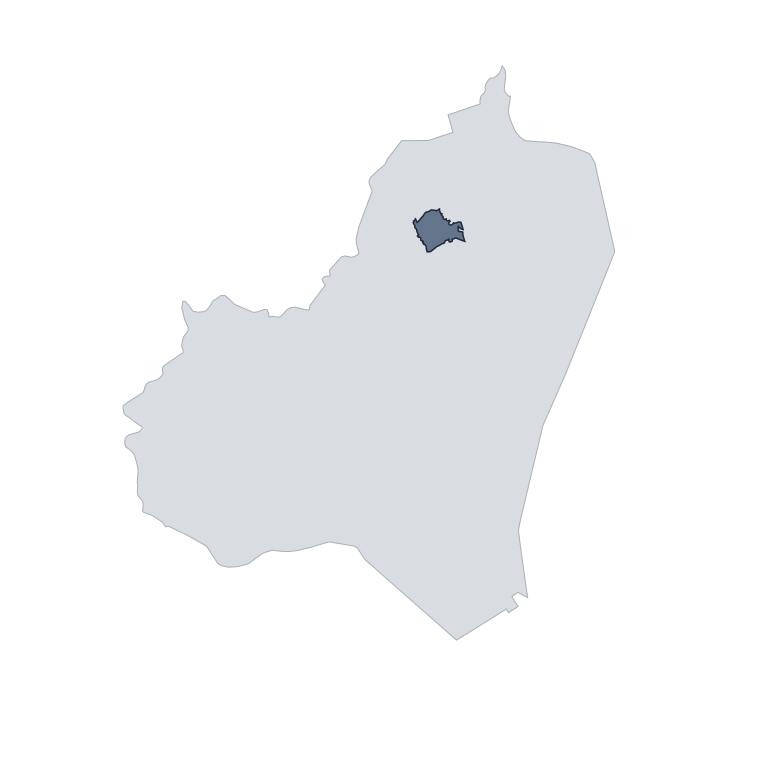 location of Al-Rifai, Dhi-Qar, Iraq, rotated 252°
{"feature_id": "34846034B62362991729870", "entity_name": "Al-Rifai", "entity_type": "district", "adm_level": 2, "iso_a3": "IRQ", "parent_name": "Iraq", "parent_adm1": "Dhi-Qar", "projection": "robinson", "projection_center": [46.048, 31.665], "detail": "fine", "context": "in_parent", "style": "filled", "palette": "slate", "viewbox_px": 768, "rotation_deg": 252, "n_neighbors": 0, "source": "geoboundaries", "source_scale": "gbopen_adm2", "svg_char_len": 6593}
<svg xmlns="http://www.w3.org/2000/svg" viewBox="0 0 768 768"><g transform="rotate(252 384 384)"><path d="M315.6,132.1L320.8,130.8L330.5,123.0L336.2,115.8L338.0,115.1L343.1,117.5L346.6,118.2L355.0,115.4L359.9,116.9L364.1,118.7L366.4,118.8L377.5,123.4L380.3,123.9L386.1,124.5L394.6,124.7L400.2,121.8L404.1,118.9L406.9,119.0L409.5,119.7L411.7,120.9L413.6,123.0L414.5,126.1L414.1,135.8L414.9,138.4L416.4,140.2L418.3,140.6L420.7,138.4L424.8,135.4L429.8,132.0L433.6,128.9L435.7,127.8L439.1,127.9L442.4,128.5L444.2,129.9L444.2,130.4L446.0,135.0L450.3,152.1L452.8,154.3L455.7,156.1L457.7,158.6L458.5,161.2L458.2,165.1L458.3,169.7L459.4,173.3L461.1,175.9L462.6,177.3L464.9,177.4L467.6,178.1L469.5,180.7L475.3,200.2L475.9,202.7L478.4,203.5L482.5,203.2L486.6,205.2L491.1,208.3L495.3,214.3L498.2,215.2L507.0,214.3L519.2,215.3L524.9,218.4L524.3,220.2L519.9,222.4L512.2,224.8L509.9,229.0L508.6,234.4L508.8,237.5L510.7,240.9L516.2,247.5L516.5,249.9L517.5,253.3L518.5,255.6L517.4,260.1L512.4,263.1L505.9,266.5L492.8,281.4L491.8,284.6L491.9,293.4L490.6,295.9L486.4,295.9L483.2,295.4L483.0,298.5L480.9,302.6L479.8,306.2L484.6,314.6L485.4,319.1L484.6,323.2L480.2,330.2L477.5,335.0L478.2,336.0L481.6,337.9L492.5,353.4L496.0,358.8L500.5,357.4L502.3,357.5L503.6,358.4L504.4,360.2L504.4,362.5L503.3,366.0L509.1,367.4L511.2,370.9L518.1,383.0L517.8,386.6L514.5,392.3L514.5,396.0L515.2,399.4L516.3,400.6L526.4,401.1L530.6,402.4L541.1,408.6L553.1,418.1L562.9,425.8L571.2,432.4L580.1,431.9L582.6,433.1L584.8,435.2L587.4,440.6L592.6,452.9L596.9,456.9L603.7,466.8L610.0,476.0L605.9,488.5L601.9,501.5L602.0,518.3L602.1,527.3L610.7,527.7L620.2,528.1L620.3,538.9L620.5,549.7L620.6,562.0L623.4,562.6L627.9,565.2L629.9,569.2L632.3,571.4L635.2,571.8L638.1,573.7L640.9,577.3L642.0,580.0L641.2,581.9L641.8,585.1L643.9,589.8L646.3,592.0L650.0,594.7L645.0,596.2L639.5,595.0L627.8,589.6L624.0,589.4L619.0,591.5L618.8,593.3L606.4,587.2L602.0,586.0L600.4,585.9L593.3,586.0L583.2,587.0L577.3,589.5L573.2,592.1L571.3,594.7L570.7,596.1L567.5,603.7L563.8,613.4L559.9,622.2L552.5,634.5L548.3,640.2L539.4,650.8L529.7,652.9L507.3,650.8L482.5,648.5L457.8,646.2L439.4,644.5L438.0,643.9L419.9,628.8L405.6,616.9L387.8,602.0L369.6,586.8L351.2,571.3L337.8,560.1L321.6,545.7L306.9,532.6L295.3,522.2L280.4,513.2L268.7,506.1L251.8,495.7L238.3,487.5L226.7,480.4L208.9,469.6L203.0,466.6L184.4,463.0L166.8,459.9L148.6,456.7L136.4,454.6L144.6,446.8L142.3,439.9L136.4,441.2L131.0,442.8L128.0,432.0L132.2,430.7L128.6,416.6L125.0,402.1L121.5,388.1L118.0,373.7L133.5,364.6L145.2,357.7L161.4,348.1L177.0,338.8L191.9,330.0L208.3,320.3L223.0,311.6L236.3,308.0L239.2,305.3L245.4,293.4L250.7,283.3L251.0,280.9L251.2,266.5L252.4,249.7L254.3,240.7L257.4,232.7L260.3,226.9L260.6,221.5L260.4,216.0L257.7,207.7L254.9,199.0L255.4,190.6L256.0,186.1L258.0,179.0L261.2,173.7L264.6,170.5L277.2,167.1L284.6,165.2L294.7,155.9L300.7,150.4L309.0,141.7L315.1,135.2L315.6,133.0L315.6,132.1Z" fill="#d9dde1" stroke="#a8b0b8" stroke-width="1"/><path d="M499.4,484.8L499.7,485.1L500.0,485.5L500.8,486.1L501.5,486.6L501.4,487.6L501.3,487.9L501.2,488.3L501.3,488.5L501.3,488.9L501.5,489.4L501.6,490.0L501.7,490.5L501.4,490.5L501.2,490.5L501.1,490.4L500.9,490.3L500.5,489.9L500.2,489.9L499.7,489.9L499.2,489.9L499.0,490.2L498.7,490.4L498.6,490.7L498.6,491.0L498.6,491.4L498.6,491.9L498.5,492.4L498.6,492.8L498.7,493.0L499.0,493.2L499.4,493.3L500.0,493.5L500.6,493.7L500.6,494.0L500.6,494.5L500.5,495.1L500.6,496.0L500.7,496.5L500.8,497.2L500.7,497.5L500.1,498.2L499.6,498.7L498.3,500.3L497.3,501.5L496.0,503.2L495.4,504.0L494.7,504.9L494.8,504.9L495.3,504.9L495.6,504.9L496.1,504.9L497.1,504.9L499.2,505.0L500.3,505.0L502.2,505.3L503.0,505.5L504.1,505.9L504.7,504.9L505.3,503.8L505.8,502.8L506.3,501.9L507.3,502.4L508.1,502.5L509.2,502.7L510.0,502.8L510.9,503.4L510.6,503.8L509.8,504.1L508.8,504.5L508.3,504.8L507.7,505.4L507.1,505.9L506.5,506.7L506.4,507.0L507.8,507.0L509.6,507.1L510.8,507.1L512.5,507.1L513.8,507.1L514.1,507.1L514.6,505.9L515.0,505.1L515.1,504.4L514.9,503.1L514.9,502.0L515.0,501.2L515.3,500.5L515.8,499.9L515.1,499.1L514.9,498.7L514.6,498.1L514.4,497.5L514.5,496.7L514.9,496.0L515.2,495.6L515.8,495.3L516.6,495.2L517.3,495.5L517.6,495.8L517.9,496.0L518.0,496.3L518.1,496.7L518.2,497.0L518.3,497.1L518.5,497.0L519.1,496.9L519.5,496.8L519.4,495.8L519.4,495.2L519.8,494.5L520.0,494.2L520.7,494.0L521.2,494.0L521.7,494.2L521.8,493.1L522.2,492.4L522.4,491.6L522.7,491.4L523.4,491.5L524.3,491.8L524.8,491.9L525.0,491.8L525.6,491.6L526.4,491.2L527.2,491.0L527.6,491.0L527.9,491.7L528.3,491.3L528.8,490.6L529.7,490.5L530.8,490.5L531.5,490.5L532.2,490.5L532.8,490.6L533.3,490.8L533.1,489.8L532.7,488.7L532.5,487.8L533.0,486.9L533.6,485.6L534.3,484.3L534.6,483.6L535.0,482.6L534.6,481.4L534.4,480.9L534.3,479.6L534.2,478.9L534.2,478.0L534.5,477.3L534.3,476.6L534.0,476.0L533.3,474.9L532.1,473.6L531.4,472.6L531.0,472.1L531.0,471.8L531.0,471.6L530.8,471.2L530.2,470.4L529.9,469.9L529.2,469.0L528.6,467.8L528.4,467.4L527.8,466.4L527.4,465.7L527.4,465.4L528.2,465.3L528.3,465.3L529.7,465.2L531.0,465.0L531.4,465.0L531.3,464.7L530.7,464.2L530.0,463.7L529.8,463.3L529.8,463.0L529.9,462.5L529.4,462.5L528.9,462.3L528.8,462.1L528.5,461.7L528.2,461.7L527.5,461.7L526.6,461.9L526.1,462.0L525.5,462.2L525.0,462.3L524.8,462.3L524.6,462.1L524.2,461.9L523.8,461.8L523.2,461.8L522.8,461.8L522.5,461.9L522.1,462.2L521.5,462.7L521.2,462.8L520.5,462.7L520.3,462.5L519.1,462.5L518.5,462.5L518.1,462.5L517.8,462.5L517.6,462.5L517.3,462.6L517.0,462.6L516.3,462.8L515.7,462.9L515.5,463.0L515.3,463.0L515.1,462.8L514.9,462.7L514.9,462.3L514.9,461.9L514.7,461.8L514.4,461.7L514.1,461.6L513.9,461.5L513.7,461.6L513.0,462.2L512.8,462.4L512.7,462.7L512.5,463.3L512.4,463.7L512.1,463.9L511.7,464.0L511.1,463.9L510.5,463.7L510.0,463.5L509.7,463.4L509.3,463.5L508.9,463.8L508.7,464.0L508.4,464.7L508.1,464.9L508.0,465.1L507.7,465.2L507.6,465.3L507.4,465.3L507.2,464.9L507.2,464.6L506.9,464.6L506.6,464.5L506.4,464.7L506.1,464.9L506.0,465.1L505.9,465.2L505.7,464.8L505.4,464.8L505.1,464.8L504.8,464.8L504.7,464.9L504.5,465.0L504.3,465.4L504.3,465.5L504.0,465.7L503.9,465.8L503.3,466.2L503.1,466.3L502.8,466.4L502.6,466.5L502.3,466.6L501.9,466.6L501.3,466.5L500.7,466.4L499.9,466.1L499.4,466.0L499.0,466.0L498.4,466.0L498.1,466.0L497.8,465.9L497.5,465.9L497.2,465.9L496.9,465.9L496.7,465.9L496.3,465.9L496.1,466.6L495.8,467.8L495.6,468.5L495.7,469.7L495.9,470.3L496.2,471.2L496.6,472.0L497.0,473.3L497.5,474.5L498.0,475.8L498.3,476.3L498.4,477.0L498.5,477.5L498.6,477.9L498.6,478.8L498.7,479.7L499.4,482.0L499.4,483.1L499.4,484.4L499.4,484.8Z" fill="#64748b" stroke="#1e293b" stroke-width="1.5"/></g></svg>